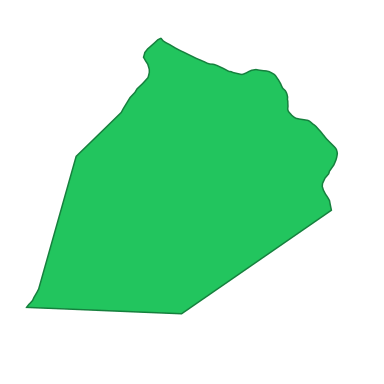 the district of Derierre Morne, Vieux Fort, Saint Lucia, rotated 11°
{"feature_id": "8701671B33635631845794", "entity_name": "Derierre Morne", "entity_type": "district", "adm_level": 2, "iso_a3": "LCA", "parent_name": "Saint Lucia", "parent_adm1": "Vieux Fort", "projection": "orthographic", "projection_center": [-60.96, 13.741], "detail": "fine", "context": "isolated", "style": "filled", "palette": "green", "viewbox_px": 384, "rotation_deg": 11, "n_neighbors": 0, "source": "geoboundaries", "source_scale": "gbopen_adm2", "svg_char_len": 2049}
<svg xmlns="http://www.w3.org/2000/svg" viewBox="0 0 384 384"><g transform="rotate(11 192 192)"><path d="M332.3,183.3L329.7,177.0L328.6,174.2L326.3,171.5L323.3,168.5L320.6,165.1L318.8,161.7L318.5,158.7L319.9,153.0L322.7,148.0L323.0,145.1L323.4,144.4L324.1,142.8L324.7,141.4L326.0,138.6L326.6,136.0L327.2,133.0L327.4,130.6L327.4,128.7L327.3,126.5L326.9,125.4L326.6,124.6L326.0,123.5L325.8,123.0L324.8,121.8L323.3,120.6L321.4,119.3L319.9,118.3L317.5,116.7L316.2,115.8L314.0,114.3L312.9,113.4L311.6,112.3L310.5,111.3L309.9,110.9L308.2,109.4L306.3,107.8L305.7,107.4L304.6,106.6L301.2,104.0L299.3,102.9L297.6,102.2L295.6,101.0L293.7,100.0L292.0,99.6L288.0,99.7L283.6,99.9L279.8,99.8L277.5,98.9L275.3,97.7L274.8,97.3L271.9,95.1L270.8,93.9L270.1,92.3L269.9,90.2L269.8,89.4L269.1,86.5L268.7,84.6L268.0,82.9L267.7,80.5L266.9,78.7L266.7,78.2L265.9,76.8L265.0,75.6L264.3,74.8L263.4,74.2L262.6,73.7L261.6,73.1L260.7,72.2L260.2,71.5L259.3,70.3L258.8,69.5L258.4,68.9L257.2,67.5L255.3,65.3L254.9,65.0L252.7,62.8L251.9,62.0L251.5,61.7L250.8,61.2L250.1,60.8L247.2,59.8L246.1,59.5L244.7,59.1L241.7,59.0L239.1,59.3L234.6,59.6L232.5,59.6L231.4,59.6L227.2,61.2L224.9,62.8L222.6,64.7L219.6,66.7L217.9,67.2L215.2,67.1L209.6,66.9L207.3,66.4L205.3,66.6L203.2,66.0L201.4,65.4L198.7,64.6L195.8,63.9L192.6,63.1L189.5,62.6L188.1,62.6L187.2,62.7L185.3,63.0L182.3,62.7L179.5,61.9L170.5,60.0L166.9,59.0L161.3,57.5L159.9,57.1L156.2,56.1L155.6,56.0L152.6,55.2L147.7,53.7L142.0,51.6L139.2,50.8L137.6,50.3L137.1,50.1L135.6,49.5L134.7,49.1L132.9,47.6L132.5,47.2L131.9,47.2L129.8,48.8L129.4,49.1L126.6,53.0L121.1,60.1L120.1,62.1L119.1,64.0L118.9,66.9L118.7,69.0L119.7,70.1L121.5,72.2L124.2,75.0L126.6,79.6L126.9,80.8L127.3,82.8L127.2,85.5L127.0,88.1L123.4,94.1L122.5,95.5L118.4,101.2L117.7,103.1L117.0,105.1L113.2,111.1L108.7,123.2L107.4,127.4L94.6,145.9L71.5,179.1L60.0,316.5L59.6,317.8L59.0,319.9L57.0,325.6L56.4,328.1L56.2,328.9L54.3,332.1L53.3,333.5L52.9,334.3L52.0,336.0L51.7,336.8L164.4,319.7L205.0,313.5L332.3,183.3Z" fill="#22c55e" stroke="#15803d" stroke-width="1.5"/></g></svg>